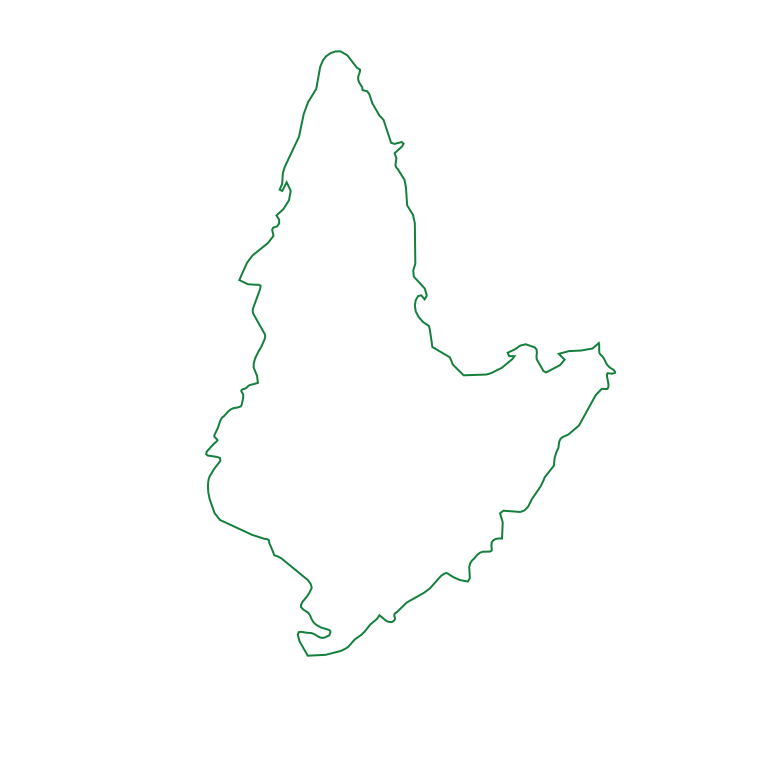 the border of Granma, rotated 117°
{"feature_id": "CUB-1366", "entity_name": "Granma", "entity_type": "Province", "adm_level": 1, "iso_a3": "CUB", "parent_name": "Cuba", "parent_adm1": "", "projection": "natural_earth1", "projection_center": [-76.9, 20.306], "detail": "fine", "context": "isolated", "style": "outline", "palette": "green", "viewbox_px": 768, "rotation_deg": 117, "n_neighbors": 0, "source": "natural_earth", "source_scale": "10m", "svg_char_len": 3922}
<svg xmlns="http://www.w3.org/2000/svg" viewBox="0 0 768 768"><g transform="rotate(117 384 384)"><path d="M357.1,560.1L338.1,561.1L329.1,559.5L311.3,551.5L302.2,549.7L297.3,553.7L294.9,553.7L292.2,550.9L288.6,550.3L285.1,552.1L282.7,556.3L273.7,553.0L263.4,552.1L254.2,554.8L248.5,562.3L258.2,562.3L258.2,565.2L251.9,565.6L241.9,569.9L235.3,571.0L202.3,572.0L179.8,578.1L167.0,579.6L152.0,578.3L130.1,584.9L123.2,585.3L118.4,584.4L113.6,581.9L109.7,578.2L107.3,573.6L107.8,565.8L114.4,551.9L114.8,548.0L117.5,547.1L122.0,546.5L124.6,545.1L127.0,542.5L129.4,538.2L131.9,536.5L130.8,531.9L132.4,528.7L139.2,521.8L147.1,509.6L147.7,507.5L148.9,504.3L165.9,487.1L165.2,483.5L160.4,478.1L161.0,475.6L164.2,475.8L173.6,479.3L177.1,475.5L184.0,473.1L185.5,471.4L186.5,468.9L192.8,458.4L199.0,453.6L214.3,444.5L220.1,435.0L226.8,429.5L262.6,410.7L269.5,409.5L274.8,406.2L280.4,391.1L285.5,386.2L286.5,386.0L287.8,386.0L290.1,386.2L288.1,391.1L290.2,393.5L294.8,393.8L300.0,392.2L304.9,388.7L308.6,383.5L311.1,377.2L311.9,370.4L314.5,368.0L329.1,357.7L330.3,337.5L332.7,334.5L335.4,331.7L340.1,317.0L329.1,297.1L325.7,293.5L316.1,286.4L303.4,280.9L300.0,280.4L302.3,285.1L300.0,288.0L293.4,282.9L288.0,280.1L284.3,275.8L282.9,266.4L284.1,263.6L286.9,261.9L290.1,260.7L292.6,259.2L300.1,247.7L300.1,244.8L287.2,235.7L280.3,234.1L277.8,242.0L270.7,234.1L264.7,223.6L257.7,214.3L250.0,211.2L251.5,210.0L257.0,207.2L258.5,206.2L259.2,205.2L259.6,204.2L260.4,201.6L261.7,199.2L265.2,194.7L266.1,192.6L266.8,190.2L267.2,185.7L268.2,183.8L269.5,183.3L271.4,185.7L272.9,189.7L274.3,189.7L276.5,188.4L282.1,184.0L284.8,182.7L287.0,182.7L288.4,185.2L289.3,187.7L297.6,190.3L332.4,191.4L345.3,196.8L350.5,200.9L352.8,201.8L355.9,201.7L361.8,199.6L366.6,199.4L371.8,198.6L379.7,195.6L394.5,198.5L397.4,198.1L404.5,198.0L419.6,200.0L427.6,199.9L432.8,201.4L436.1,204.4L442.7,220.1L446.5,221.9L452.4,216.3L453.8,215.2L468.1,208.7L469.8,212.0L471.3,214.1L473.3,215.5L476.0,216.2L479.5,214.8L482.9,212.6L484.0,212.6L485.3,213.6L488.5,219.8L490.8,221.9L493.7,223.3L498.8,224.5L501.5,225.5L504.9,225.8L508.5,224.9L518.0,219.4L521.9,219.6L524.0,226.5L524.4,229.6L524.6,234.6L524.0,240.8L524.0,242.6L525.6,244.1L528.9,246.0L545.5,250.4L551.9,253.6L568.3,264.5L580.7,268.7L583.8,270.2L584.9,270.1L585.9,269.5L586.9,268.5L587.6,267.9L589.2,267.5L590.2,267.6L591.4,268.1L592.8,269.2L593.8,272.0L594.1,274.2L592.1,283.1L596.5,283.6L604.4,287.0L613.3,288.8L617.7,290.3L625.0,294.1L634.6,296.6L637.6,298.4L641.4,301.2L651.9,313.2L660.7,328.6L651.5,342.6L646.5,347.0L643.8,347.3L642.5,345.5L640.7,339.9L639.0,335.9L638.6,333.7L638.6,331.1L638.9,328.6L638.9,326.0L638.1,323.4L636.3,321.2L632.7,318.7L630.0,318.9L628.5,319.6L628.1,321.5L629.5,329.3L629.5,333.1L629.0,336.7L627.8,339.6L626.1,342.1L624.0,344.5L622.8,346.4L622.1,348.1L621.8,352.1L621.5,354.0L620.3,356.9L618.4,357.7L615.1,357.7L607.4,356.0L603.9,355.7L598.3,355.9L595.5,358.5L593.3,362.7L585.9,396.5L585.9,398.5L585.8,399.8L586.4,403.9L580.9,410.2L577.8,414.0L575.5,415.6L575.3,417.7L576.3,420.6L578.3,433.1L579.6,468.5L575.9,476.4L565.7,487.1L560.4,491.3L555.3,494.3L551.0,496.2L547.6,497.2L545.1,497.4L536.8,496.8L526.8,494.9L524.4,496.5L524.5,497.7L524.9,500.1L527.8,508.6L527.3,510.5L524.9,511.3L514.9,508.6L512.0,507.4L509.9,506.8L509.2,507.4L508.0,511.1L506.7,511.9L498.4,512.1L492.1,513.1L489.0,513.2L487.0,512.9L486.3,512.5L485.0,511.9L479.2,510.4L476.4,509.1L474.1,507.4L471.0,503.3L468.9,501.4L466.8,501.4L460.0,503.3L458.1,504.2L456.8,505.2L456.2,506.5L454.9,508.1L453.7,508.1L452.4,507.1L451.5,505.9L450.5,505.2L449.6,504.7L448.3,504.3L447.1,503.9L445.9,503.1L444.5,501.6L443.7,500.5L440.2,496.9L434.4,500.8L428.5,507.6L425.1,509.3L419.6,510.5L411.8,510.6L406.8,510.2L398.3,510.7L395.7,511.4L394.0,512.4L380.5,532.7L378.7,534.1L376.2,535.0L355.5,537.5L352.4,538.6L352.4,539.8L352.6,541.2L353.7,543.1L356.9,550.5L357.1,560.1Z" fill="none" stroke="#15803d" stroke-width="2"/></g></svg>